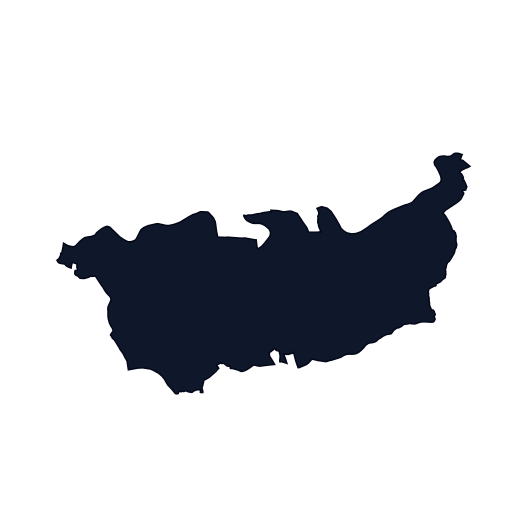 Noslac, Alba, Romania (Robinson projection), rotated 16°
{"feature_id": "2599482B66664131902378", "entity_name": "Noslac", "entity_type": "district", "adm_level": 2, "iso_a3": "ROU", "parent_name": "Romania", "parent_adm1": "Alba", "projection": "robinson", "projection_center": [23.98, 46.411], "detail": "fine", "context": "isolated", "style": "filled", "palette": "ink", "viewbox_px": 512, "rotation_deg": 16, "n_neighbors": 0, "source": "geoboundaries", "source_scale": "gbopen_adm2", "svg_char_len": 6122}
<svg xmlns="http://www.w3.org/2000/svg" viewBox="0 0 512 512"><g transform="rotate(16 256 256)"><path d="M211.4,407.0L216.0,410.2L216.7,410.5L217.8,410.4L219.1,409.7L219.1,408.6L219.2,408.0L219.7,407.4L220.2,407.2L221.6,407.1L222.0,406.5L223.9,406.2L225.9,404.8L227.6,405.2L231.2,405.0L232.4,404.4L233.2,403.1L236.0,400.9L238.4,400.2L239.3,400.2L239.7,400.7L240.1,402.4L240.7,402.5L242.5,401.9L242.1,400.5L240.7,398.3L240.3,397.4L240.5,396.3L240.2,389.2L241.2,388.9L244.5,385.5L249.4,377.9L249.6,377.1L251.1,374.2L249.7,372.9L248.3,372.4L248.2,372.2L249.2,370.8L250.3,369.8L250.9,368.8L252.8,368.8L254.1,368.0L254.9,368.3L255.8,368.5L257.3,369.3L258.5,369.7L259.5,369.7L260.2,369.3L261.3,369.1L262.3,371.0L262.6,371.1L264.8,370.6L267.6,370.6L270.6,370.6L273.4,371.1L274.2,370.9L276.3,369.7L277.9,368.4L280.6,365.5L283.7,361.5L284.2,361.3L287.5,361.2L289.9,360.9L298.5,357.2L303.8,355.1L301.0,352.4L296.7,348.6L295.5,345.6L295.7,344.7L296.4,344.2L299.6,339.7L300.1,339.7L300.7,340.6L301.3,341.1L304.5,341.1L306.5,344.9L307.0,346.4L307.7,350.3L308.3,351.2L309.2,350.7L309.9,350.6L314.2,350.6L315.3,350.7L312.8,346.9L309.6,342.4L312.2,342.2L314.4,341.6L316.6,340.1L318.1,339.3L318.6,338.1L323.4,346.3L327.2,351.7L328.0,351.6L334.0,346.8L335.8,344.6L337.8,340.6L338.6,339.6L344.3,339.4L352.3,338.3L353.4,337.7L355.5,336.2L357.5,335.2L364.8,330.4L365.6,329.8L367.7,327.4L370.0,325.7L372.4,324.7L376.1,323.7L378.1,322.8L379.5,322.0L381.4,320.1L383.1,317.6L384.8,314.6L385.9,311.7L387.8,309.3L388.5,308.6L392.2,307.0L394.0,305.8L395.5,304.3L395.9,303.1L396.2,302.6L398.2,300.6L399.6,298.8L400.7,297.6L403.0,295.6L407.2,293.6L407.7,292.7L408.9,289.4L410.3,287.6L411.7,286.1L412.9,285.8L415.4,283.4L416.4,281.7L417.2,280.9L420.9,279.3L422.3,278.4L423.9,278.3L427.1,277.6L427.9,277.3L431.2,274.9L433.1,273.8L436.3,272.8L443.1,271.2L444.7,270.5L445.1,269.8L445.4,268.8L445.6,267.4L445.0,266.4L444.0,265.4L444.0,264.7L444.4,263.7L444.2,262.4L443.2,261.3L442.6,260.2L441.5,259.3L440.7,259.1L439.9,259.9L436.4,255.5L435.6,253.0L434.6,250.9L433.9,248.4L433.1,247.2L432.5,246.0L432.4,244.9L431.6,243.1L431.3,241.6L431.3,240.7L431.6,240.0L432.5,238.8L435.6,235.8L436.7,235.4L437.0,235.1L437.1,234.8L436.9,233.9L437.1,232.9L438.9,231.4L440.6,229.7L441.1,228.5L441.7,227.4L443.7,225.0L443.8,224.4L443.7,223.4L443.4,222.3L443.6,221.6L443.6,221.1L443.0,220.4L442.8,218.8L441.9,217.2L441.8,214.0L441.6,213.0L441.7,211.2L442.0,209.4L443.3,207.8L443.4,207.4L444.6,203.3L445.7,198.8L445.8,197.5L445.6,195.5L445.7,194.2L446.1,192.9L445.9,189.7L444.4,187.1L444.0,186.0L443.1,182.8L443.2,182.3L443.1,182.0L441.1,178.5L440.6,178.6L439.6,177.3L437.8,177.2L435.0,173.2L433.9,172.2L433.1,171.1L431.8,169.7L426.7,164.9L423.9,163.2L425.5,159.8L433.6,150.3L435.7,147.6L436.8,145.7L437.4,144.5L438.5,138.9L438.3,138.3L437.9,137.8L437.0,137.3L436.0,136.3L439.4,134.8L439.1,134.2L439.5,132.7L439.6,131.4L437.3,128.4L435.2,126.0L434.8,126.5L433.9,126.4L433.9,124.1L433.8,123.5L432.9,122.4L430.9,120.4L428.8,119.8L429.0,118.8L430.0,116.8L432.0,115.1L433.1,113.9L434.8,112.9L436.9,110.8L428.4,107.1L425.9,107.2L425.9,104.9L426.2,101.7L422.5,101.5L419.7,102.1L418.0,103.1L416.2,105.8L414.8,106.7L412.7,107.6L409.4,108.0L408.0,108.4L405.0,109.8L404.0,110.8L403.2,111.8L401.8,114.1L401.4,115.6L401.4,116.8L402.7,119.2L404.4,120.4L407.5,123.4L411.1,127.7L412.2,129.5L413.1,132.0L413.1,133.0L412.8,134.4L412.2,135.4L407.3,141.4L405.5,143.1L399.0,148.0L398.2,148.9L396.8,150.8L395.6,152.6L391.9,160.5L390.8,162.0L387.4,164.6L385.4,165.7L383.4,167.2L376.0,173.0L372.1,176.5L370.7,178.1L368.6,181.1L367.0,183.9L363.3,188.4L358.0,194.3L355.2,198.0L350.3,203.7L346.1,206.7L341.9,208.4L337.3,208.7L335.2,208.3L332.3,207.2L330.2,206.0L327.7,203.3L322.3,198.0L315.9,192.5L311.3,190.4L305.4,190.5L301.5,193.4L303.7,195.8L304.6,197.4L304.8,199.8L304.4,200.6L305.4,203.1L305.4,204.2L305.9,205.3L306.1,206.7L307.3,208.4L308.1,210.3L311.8,214.9L309.9,215.5L309.2,216.0L300.4,218.5L299.6,218.1L297.6,215.4L296.5,214.3L291.6,210.4L289.1,208.1L286.3,205.9L284.0,203.8L277.6,203.2L275.3,203.8L271.2,205.7L269.5,206.1L264.7,206.3L257.7,207.9L258.3,209.4L256.7,209.8L250.4,212.6L247.9,214.2L246.1,214.8L241.1,217.5L239.9,218.0L236.8,218.9L236.5,219.2L236.3,219.6L235.8,219.9L233.2,220.1L233.1,220.8L235.4,223.2L237.7,224.5L241.0,225.2L243.6,225.4L245.6,225.1L249.8,223.8L251.6,223.6L253.7,223.7L256.3,224.3L260.9,226.3L263.1,228.6L263.7,230.3L263.8,231.9L263.8,233.5L260.8,241.0L258.8,245.2L255.9,248.6L254.6,247.3L251.7,240.4L250.7,240.7L240.0,241.8L238.4,242.5L236.5,243.0L223.1,245.8L223.1,246.1L214.0,248.4L211.1,242.8L208.3,236.3L207.3,234.2L204.6,231.1L200.1,228.3L197.7,227.0L191.1,228.5L190.3,228.8L187.0,231.6L183.8,233.7L180.1,237.4L173.7,244.4L169.4,247.6L166.9,249.1L163.9,250.7L161.4,251.4L153.3,251.9L151.5,252.4L144.1,256.5L141.9,258.2L140.2,259.7L138.6,261.9L138.0,263.2L136.6,270.6L135.9,273.5L134.2,275.2L131.9,276.7L129.0,277.6L124.8,276.8L119.8,275.2L107.6,268.6L105.4,268.4L104.0,268.8L102.0,270.4L100.1,272.4L98.1,275.0L96.4,277.6L95.4,280.4L92.0,282.8L89.2,284.0L86.5,285.4L85.0,287.0L82.8,290.2L79.9,295.9L78.1,297.4L75.5,297.8L72.2,297.9L67.5,296.7L68.0,300.4L68.5,307.2L67.5,307.3L68.0,309.1L67.3,312.8L65.9,314.9L66.7,315.0L66.8,316.0L67.4,316.4L68.4,316.9L68.9,317.0L71.4,316.9L74.5,316.4L74.7,316.7L75.6,317.4L77.0,318.0L79.9,318.5L81.7,318.5L81.3,316.4L81.2,314.2L81.3,312.7L86.1,313.0L86.8,315.8L87.1,316.7L87.6,317.0L88.4,318.9L86.2,319.8L86.1,320.3L86.7,323.1L87.8,324.0L90.5,324.5L93.0,325.9L96.4,325.2L97.5,324.7L98.6,324.1L101.3,322.3L102.2,321.2L105.4,320.3L107.1,319.5L115.8,327.0L117.5,328.2L119.9,330.6L122.3,332.6L126.9,335.3L127.9,336.5L128.5,337.4L128.7,338.8L127.8,345.5L128.2,348.0L129.0,350.0L130.2,354.3L131.3,357.0L133.5,360.7L135.7,363.2L137.9,365.1L139.3,367.3L139.2,368.6L138.5,369.5L137.9,372.0L138.3,372.5L139.4,373.1L140.5,374.6L142.8,375.6L144.1,376.6L149.7,381.8L151.2,383.4L154.9,386.2L157.9,389.5L159.2,390.7L161.0,392.5L164.7,400.6L172.7,396.6L177.6,394.8L186.0,393.7L187.1,394.0L188.0,394.0L194.9,395.6L198.9,397.5L202.1,399.7L203.0,400.7L206.6,404.2L211.4,407.0Z" fill="#0f172a" stroke="#020617" stroke-width="1.5"/></g></svg>